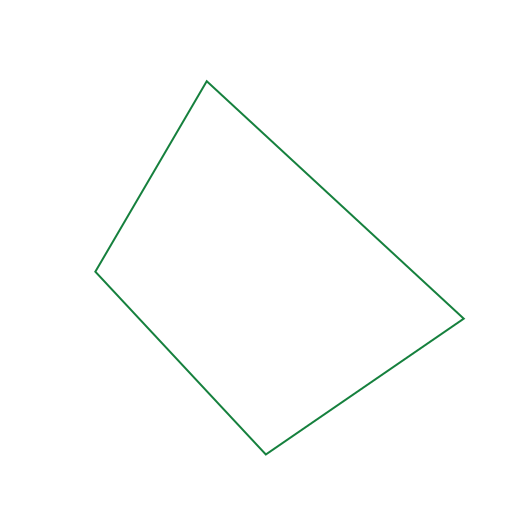 map outline of Quatre Bornes (Albers equal-area conic projection), rotated 239°
{"feature_id": "MUS-5191", "entity_name": "Quatre Bornes", "entity_type": "City", "adm_level": 1, "iso_a3": "MUS", "parent_name": "Mauritius", "parent_adm1": "", "projection": "albers", "projection_center": [57.476, -20.27], "detail": "fine", "context": "isolated", "style": "outline", "palette": "green", "viewbox_px": 512, "rotation_deg": 239, "n_neighbors": 0, "source": "natural_earth", "source_scale": "10m", "svg_char_len": 223}
<svg xmlns="http://www.w3.org/2000/svg" viewBox="0 0 512 512"><g transform="rotate(239 256 256)"><path d="M95.3,401.8L80.8,162.2L325.3,110.2L431.2,303.8L95.3,401.8Z" fill="none" stroke="#15803d" stroke-width="2"/></g></svg>